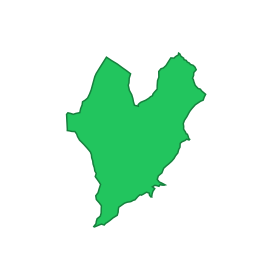 the district of Pelendri, Limassol, Cyprus, rotated 49°
{"feature_id": "46923920B35219833977838", "entity_name": "Pelendri", "entity_type": "district", "adm_level": 2, "iso_a3": "CYP", "parent_name": "Cyprus", "parent_adm1": "Limassol", "projection": "orthographic", "projection_center": [32.957, 34.891], "detail": "fine", "context": "isolated", "style": "filled", "palette": "green", "viewbox_px": 256, "rotation_deg": 49, "n_neighbors": 0, "source": "geoboundaries", "source_scale": "gbopen_adm2", "svg_char_len": 2423}
<svg xmlns="http://www.w3.org/2000/svg" viewBox="0 0 256 256"><g transform="rotate(49 128 128)"><path d="M88.8,90.5L83.9,91.5L78.6,92.8L72.7,94.1L66.2,96.2L60.4,97.8L63.9,109.4L66.0,116.2L67.5,119.4L75.1,130.8L77.2,134.8L78.9,138.8L78.9,141.9L78.4,145.1L80.5,147.5L82.3,151.0L84.8,154.3L82.8,157.8L81.8,160.3L79.3,161.8L77.1,163.4L77.3,164.6L77.4,165.4L89.0,174.5L90.1,175.5L91.7,174.1L93.9,172.5L95.8,170.4L98.9,170.7L101.4,171.7L105.3,172.5L108.0,172.3L111.4,172.1L116.3,172.0L121.3,172.1L124.1,173.1L126.6,174.9L129.7,176.2L132.3,178.0L135.9,179.5L138.6,181.2L141.5,181.8L143.2,184.6L149.4,185.2L152.6,185.7L155.2,190.0L157.2,193.1L158.0,196.8L161.2,198.8L165.9,198.8L169.2,199.1L171.5,201.3L174.6,204.1L176.4,206.9L176.2,210.8L177.7,213.2L179.2,214.9L179.8,217.9L179.9,218.5L180.5,218.4L180.9,217.5L181.8,214.8L182.5,212.7L183.1,211.1L185.6,209.6L185.3,207.4L185.6,205.6L185.9,202.4L186.0,198.2L186.5,195.2L186.8,193.4L185.0,190.6L183.8,189.5L181.7,187.0L182.0,184.2L182.4,180.1L183.5,177.2L185.0,174.9L185.6,173.6L185.9,171.8L186.8,169.8L186.2,165.5L186.2,162.8L187.5,161.9L188.0,159.7L188.6,156.2L191.1,154.7L192.6,155.8L194.9,156.0L195.6,155.3L195.4,155.2L193.6,153.1L192.1,150.7L191.3,147.6L188.4,148.2L188.8,145.4L190.2,144.2L192.3,142.9L191.8,140.8L193.3,139.9L194.8,138.3L195.3,137.3L191.6,138.7L189.3,139.8L186.0,139.7L184.0,136.5L184.1,131.9L181.8,127.5L181.7,123.8L181.8,120.7L181.7,116.7L181.2,113.3L180.2,110.5L179.5,106.8L177.5,103.8L176.6,101.4L173.8,98.7L173.8,96.4L174.8,93.2L174.9,91.1L177.1,89.8L177.0,88.9L175.9,89.1L173.6,88.0L171.6,87.3L170.7,87.9L168.7,87.3L165.4,86.8L163.2,84.8L160.9,83.4L159.2,80.3L158.1,76.3L156.2,71.3L155.7,69.4L155.2,66.7L154.6,61.9L155.4,55.7L156.3,53.0L154.7,50.2L153.5,47.3L148.3,48.1L146.2,47.9L144.1,49.2L139.9,49.3L136.0,47.8L134.3,46.9L132.8,46.7L131.4,44.0L129.3,42.0L128.8,38.3L125.9,37.5L123.5,37.7L122.3,38.4L121.1,39.1L118.8,39.2L117.2,40.0L115.2,39.7L113.1,40.9L111.9,40.2L110.5,40.5L108.7,41.0L106.0,40.3L104.7,40.7L105.1,41.2L106.0,41.2L105.7,43.0L105.3,45.5L105.5,47.4L103.2,49.7L105.8,58.4L105.9,61.9L104.9,64.3L105.5,67.7L109.9,71.4L111.6,74.6L115.1,78.1L117.8,80.5L118.3,84.6L118.7,86.8L119.7,88.3L119.2,90.4L119.2,93.0L118.6,96.6L117.8,99.0L117.0,101.4L116.9,102.9L117.0,104.9L118.3,105.9L115.1,108.2L111.8,106.7L108.9,105.0L105.4,103.4L100.5,102.3L95.8,99.7L94.6,97.7L91.2,94.4L88.8,90.5Z" fill="#22c55e" stroke="#15803d" stroke-width="1.5"/></g></svg>